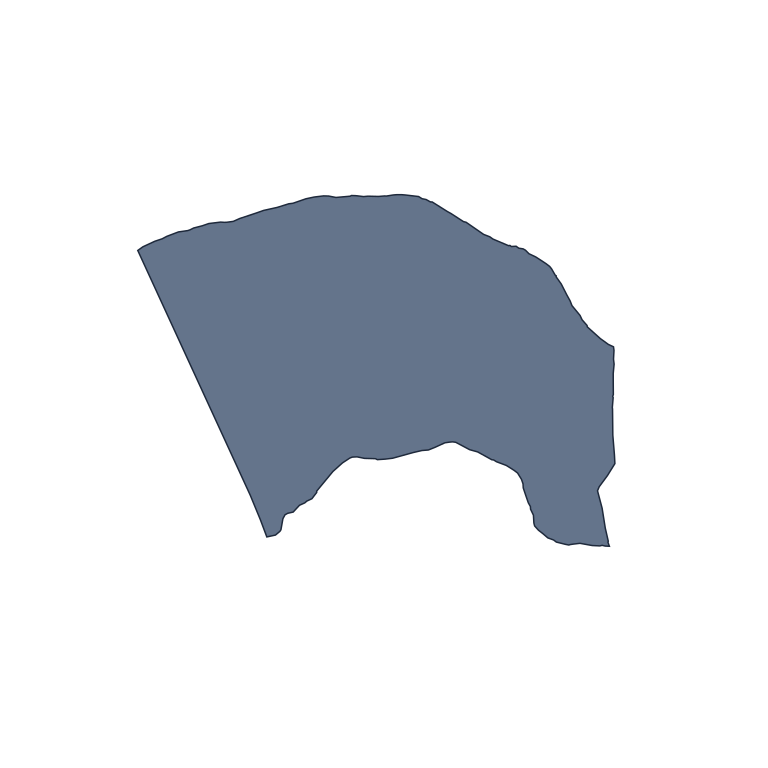 the district of Cuilco, Huehuetenango, Guatemala, rotated 306°
{"feature_id": "79465075B28423402187553", "entity_name": "Cuilco", "entity_type": "district", "adm_level": 2, "iso_a3": "GTM", "parent_name": "Guatemala", "parent_adm1": "Huehuetenango", "projection": "albers", "projection_center": [-91.949, 15.456], "detail": "fine", "context": "isolated", "style": "filled", "palette": "slate", "viewbox_px": 768, "rotation_deg": 306, "n_neighbors": 0, "source": "geoboundaries", "source_scale": "gbopen_adm2", "svg_char_len": 2211}
<svg xmlns="http://www.w3.org/2000/svg" viewBox="0 0 768 768"><g transform="rotate(306 384 384)"><path d="M549.0,547.8L547.9,542.2L547.9,532.3L549.7,514.9L550.7,513.9L552.4,506.5L554.7,502.3L557.9,490.0L560.6,485.8L563.6,479.4L569.1,468.6L571.9,460.2L572.7,459.8L572.7,458.5L575.7,451.8L576.5,448.9L576.6,444.2L576.0,432.2L574.6,424.7L575.4,419.8L575.1,417.1L573.1,413.2L573.1,409.9L570.1,406.2L570.1,404.4L569.1,403.4L565.3,386.9L565.3,383.1L563.6,376.7L563.1,355.3L562.1,352.9L561.8,347.4L561.3,337.9L560.8,334.0L559.6,316.0L558.6,314.5L558.0,309.6L556.3,305.9L556.0,301.8L549.6,290.4L548.7,288.9L547.5,286.9L544.8,283.2L542.3,280.3L541.4,279.4L537.3,275.3L536.6,274.1L532.5,269.3L526.5,260.6L523.6,257.3L520.6,251.9L519.6,250.2L517.3,246.8L516.1,246.3L506.7,235.5L503.5,228.7L500.7,224.6L495.9,219.4L494.1,217.5L488.0,212.0L476.7,204.1L473.8,201.0L464.1,193.8L453.7,184.6L447.6,180.4L433.1,170.0L427.0,166.5L422.4,161.7L421.0,159.9L418.9,156.6L410.8,147.9L405.2,144.0L398.3,138.3L394.8,136.5L392.8,135.1L386.2,128.3L375.8,121.5L371.1,119.2L364.8,114.7L353.3,108.3L347.3,106.3L215.5,341.0L201.5,363.8L191.4,379.1L198.0,385.0L203.6,386.4L205.5,386.3L215.6,381.4L220.0,380.8L222.8,382.1L227.0,385.8L236.2,386.9L241.3,389.8L243.9,390.4L248.8,393.1L256.7,393.3L257.8,392.5L283.2,394.1L295.8,396.8L304.0,399.9L306.2,401.3L309.2,405.0L312.4,412.0L318.5,420.9L318.9,423.1L324.0,429.2L329.0,434.6L345.8,448.0L352.5,453.8L356.7,458.7L362.6,462.4L372.2,467.8L375.5,471.2L377.5,473.5L379.0,476.3L381.2,491.9L384.1,499.7L386.1,515.8L387.0,517.3L387.2,520.6L390.0,530.8L390.6,539.9L390.5,544.4L387.7,551.2L384.9,555.2L381.8,557.7L377.1,564.3L372.7,570.6L370.9,574.5L368.9,576.1L365.7,582.0L359.7,586.9L359.0,587.7L357.7,589.3L356.5,594.9L356.3,600.6L355.8,607.0L357.5,612.9L357.4,616.3L360.9,625.0L362.4,628.2L363.5,629.0L365.5,631.0L370.3,636.2L375.7,647.4L379.9,653.8L381.7,655.3L382.9,658.2L385.2,661.7L387.7,658.1L388.6,657.9L397.5,647.7L411.7,633.5L423.1,619.5L427.4,618.5L441.2,618.6L455.3,617.6L462.1,612.1L477.1,599.2L498.1,583.6L499.1,582.6L507.7,577.4L508.5,576.2L510.2,575.8L519.4,569.0L527.2,563.3L535.3,558.5L539.0,555.1L546.4,550.3L549.0,547.8Z" fill="#64748b" stroke="#1e293b" stroke-width="1.5"/></g></svg>